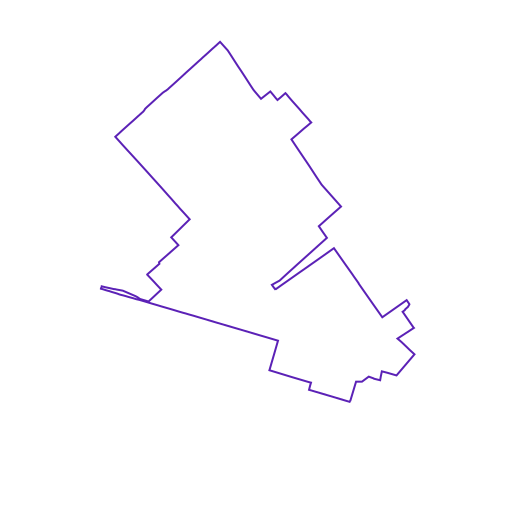 the district of Movila, Ialomita, Romania, rotated 136°
{"feature_id": "2599482B79833469589356", "entity_name": "Movila", "entity_type": "district", "adm_level": 2, "iso_a3": "ROU", "parent_name": "Romania", "parent_adm1": "Ialomita", "projection": "mercator", "projection_center": [27.715, 44.486], "detail": "fine", "context": "isolated", "style": "outline", "palette": "violet", "viewbox_px": 512, "rotation_deg": 136, "n_neighbors": 0, "source": "geoboundaries", "source_scale": "gbopen_adm2", "svg_char_len": 3115}
<svg xmlns="http://www.w3.org/2000/svg" viewBox="0 0 512 512"><g transform="rotate(136 256 256)"><path d="M390.3,340.2L389.3,338.6L387.7,335.6L386.6,333.7L386.0,332.8L385.5,331.8L384.5,329.9L383.1,327.5L382.5,326.4L381.8,325.1L380.9,323.1L380.0,321.6L378.9,319.9L377.2,317.0L376.5,315.7L373.6,310.8L372.0,307.9L370.4,305.5L367.1,299.7L363.8,293.8L361.8,290.3L361.1,289.1L359.1,285.5L357.2,282.2L354.9,278.2L352.8,274.5L350.3,270.0L347.9,265.8L346.5,263.5L345.0,260.8L342.3,256.2L340.9,253.7L330.3,234.9L319.8,216.5L308.7,196.9L304.7,189.9L299.0,179.8L311.0,172.9L325.7,164.5L314.1,143.6L305.6,128.6L304.4,126.7L306.9,125.3L310.8,122.9L300.4,104.6L290.0,86.1L289.3,86.4L288.6,86.4L271.3,96.1L271.2,96.0L267.3,92.2L267.1,92.0L258.7,90.9L256.4,86.2L256.4,85.8L253.0,80.4L250.0,82.6L245.6,85.6L242.6,80.7L239.5,75.3L237.9,72.5L237.7,72.5L210.3,75.2L210.6,80.2L210.7,82.2L210.8,85.8L210.9,88.3L211.1,93.1L211.3,95.3L211.6,98.3L192.4,94.6L192.4,95.1L189.4,113.1L189.3,114.0L186.5,113.7L185.7,114.0L182.8,113.9L182.4,113.8L179.3,114.6L179.1,114.9L178.3,119.6L207.7,124.2L205.1,141.0L203.2,153.0L201.3,164.9L201.1,165.1L200.5,169.0L199.9,173.0L199.4,175.8L197.7,187.0L196.1,197.3L194.5,207.5L213.6,210.4L232.7,213.4L232.9,213.4L233.2,213.5L248.7,215.9L257.6,217.3L264.3,218.3L264.3,218.5L264.5,218.7L264.6,218.8L265.0,218.8L265.3,218.9L265.0,221.5L264.6,224.2L260.4,223.1L256.1,221.9L244.0,221.6L231.8,221.2L212.1,220.5L192.4,219.8L191.3,226.8L190.1,233.8L175.3,233.2L160.5,232.5L159.9,246.8L159.3,261.0L159.2,262.1L157.6,270.9L155.0,284.4L152.1,301.0L150.8,308.2L149.5,315.3L141.4,314.8L133.2,314.4L128.4,314.0L123.5,313.7L123.5,315.4L123.3,318.2L123.0,326.9L122.7,331.5L122.3,342.2L122.0,347.5L121.7,351.0L121.7,352.7L128.1,353.0L132.2,353.3L132.1,355.6L131.9,358.0L131.8,358.8L131.4,364.4L137.3,365.0L143.2,365.6L142.6,375.1L142.4,377.4L141.4,382.8L140.0,389.8L138.2,399.1L137.2,404.8L136.1,410.4L134.2,419.9L133.5,423.6L133.5,423.9L133.1,435.0L136.5,435.1L137.5,435.1L141.9,435.3L144.3,435.4L149.5,435.5L156.5,435.8L158.7,435.8L160.8,435.9L178.8,436.5L190.9,436.8L197.0,437.0L202.2,437.2L203.9,437.2L204.4,437.3L205.1,437.4L205.6,437.4L206.3,437.6L207.7,437.9L208.5,438.0L209.6,438.2L212.5,438.3L217.6,438.5L221.9,438.6L225.1,438.7L228.2,438.8L230.9,438.9L233.0,438.9L233.5,438.9L235.3,438.4L236.0,438.3L236.4,438.3L236.8,438.2L238.7,438.3L243.6,438.5L250.9,438.7L254.8,438.9L260.4,439.1L266.0,439.3L271.0,439.4L273.7,439.5L274.4,439.5L274.7,431.2L274.8,428.8L274.9,425.1L275.0,422.1L275.3,409.9L275.5,403.0L275.7,396.9L275.9,390.8L276.0,388.1L276.2,382.5L276.6,370.6L276.8,366.2L277.0,361.5L277.2,355.7L277.4,352.1L277.4,351.9L277.4,351.7L277.4,351.4L277.5,350.7L277.6,346.1L277.8,343.0L277.9,338.1L278.2,328.5L299.1,328.3L304.0,328.3L304.3,317.7L330.1,318.9L330.9,317.5L347.0,318.3L347.2,318.2L347.3,308.2L347.4,304.6L347.5,297.6L364.7,297.9L364.9,297.9L369.1,305.3L369.4,306.1L369.8,308.4L370.5,310.7L373.8,318.6L375.9,323.6L378.4,327.1L379.0,327.9L379.7,328.9L380.6,330.3L381.1,330.7L383.3,334.1L386.0,338.1L388.0,341.3L388.1,341.2L390.2,340.3L390.3,340.2Z" fill="none" stroke="#5b21b6" stroke-width="2"/></g></svg>